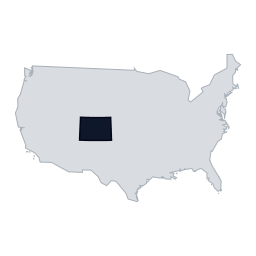 United States of America, with Colorado highlighted
{"feature_id": "USA-3522", "entity_name": "Colorado", "entity_type": "State", "adm_level": 1, "iso_a3": "USA", "parent_name": "United States of America", "parent_adm1": "", "projection": "orthographic", "projection_center": [-105.117, 39.0], "detail": "fine", "context": "in_parent", "style": "filled", "palette": "ink", "viewbox_px": 256, "rotation_deg": 0, "n_neighbors": 0, "source": "natural_earth", "source_scale": "10m", "svg_char_len": 5622}
<svg xmlns="http://www.w3.org/2000/svg" viewBox="0 0 256 256"><path d="M214.5,74.8L227.0,68.2L227.0,54.5L232.4,54.4L235.8,61.3L240.6,64.7L236.7,68.6L237.0,70.0L235.5,68.8L235.5,72.1L232.6,75.7L232.9,83.9L236.3,86.0L237.6,85.0L236.7,83.8L237.4,84.3L238.1,85.7L234.2,88.6L232.8,87.3L233.2,89.7L228.4,92.2L225.5,96.6L225.3,94.8L224.6,93.9L224.9,98.2L226.2,98.5L227.0,101.9L225.7,107.1L222.1,105.5L222.9,102.2L221.6,104.8L223.3,107.5L225.0,108.8L225.8,110.6L224.5,118.8L224.2,114.0L220.3,110.9L220.7,105.9L218.4,108.1L221.3,114.2L218.1,113.2L217.3,113.7L217.5,111.4L217.3,110.8L216.9,112.7L217.2,114.1L222.0,115.2L221.4,116.7L219.0,115.0L218.2,114.9L221.2,116.8L222.3,117.0L222.3,118.8L220.7,118.0L223.3,119.8L222.9,120.3L221.6,119.3L219.0,119.6L222.7,120.9L224.7,120.2L228.3,125.4L225.3,121.5L226.7,124.2L222.8,124.9L226.3,126.9L227.4,125.6L226.5,128.9L222.7,129.1L225.3,129.8L223.7,131.8L226.2,132.0L222.4,134.0L221.4,139.0L217.8,141.4L212.2,151.5L211.1,150.9L209.8,159.0L209.9,160.9L212.3,166.1L221.1,180.8L220.7,189.9L217.9,191.3L214.2,187.5L213.0,183.8L208.0,180.4L209.1,178.1L207.0,178.7L206.9,172.8L201.0,168.3L193.7,171.4L191.8,168.4L184.3,169.7L185.0,168.2L183.9,169.7L180.6,171.0L180.2,168.4L179.9,170.4L169.5,172.7L174.1,173.3L172.9,175.9L176.6,177.6L175.1,179.2L170.9,176.7L170.9,179.2L165.6,179.0L162.3,176.4L160.7,178.2L152.8,176.9L148.7,180.7L149.7,179.7L147.2,179.1L146.4,183.4L141.8,186.5L142.9,185.6L139.7,185.5L140.9,186.8L137.4,188.9L136.3,193.5L134.6,193.0L136.1,194.1L136.6,198.2L138.2,200.6L137.2,201.6L128.1,199.1L125.8,193.1L116.0,181.3L111.2,180.7L106.7,185.7L101.0,182.6L98.4,176.9L91.0,170.1L82.5,169.9L82.4,172.4L68.6,171.8L51.5,162.4L40.1,162.1L39.0,157.6L34.7,152.8L25.4,148.0L25.8,145.0L20.0,129.9L20.5,128.5L21.8,130.6L21.3,127.5L24.7,127.8L18.3,127.0L15.4,113.1L17.9,106.6L17.7,98.7L20.4,94.2L24.3,80.3L27.1,81.3L24.0,79.9L25.8,76.3L24.7,76.1L24.6,67.8L31.3,70.6L29.0,74.5L31.9,72.0L30.9,75.4L29.1,76.0L30.2,76.4L31.8,75.2L33.0,71.7L32.3,65.9L134.5,70.3L134.3,68.2L136.7,71.4L148.8,73.7L160.1,70.4L177.9,76.7L179.2,79.1L185.6,81.8L189.9,91.1L188.1,100.0L190.6,102.1L202.9,92.0L201.3,88.5L202.3,87.5L209.6,84.8L214.5,74.8ZM230.5,93.2L232.5,91.9L225.6,97.3L231.0,92.0L230.5,93.2ZM32.1,69.4L32.6,71.8L32.4,72.1L31.5,70.2L32.1,69.4ZM138.0,199.9L136.6,196.4L136.6,194.3L136.9,196.4L138.0,199.9ZM237.3,68.6L237.8,69.7L237.3,69.7L237.3,68.6ZM162.6,177.5L162.9,178.3L161.9,177.7L162.6,177.5ZM28.7,152.1L29.8,151.8L29.9,152.0L28.7,152.1ZM27.5,151.6L27.0,152.1L26.7,151.5L27.5,151.6ZM236.3,87.9L235.9,88.8L235.7,88.7L236.3,87.9ZM137.1,192.3L136.6,194.0L138.0,190.6L137.1,192.3ZM218.4,175.9L220.1,178.8L218.2,175.6L218.4,175.9ZM34.1,155.8L34.5,156.8L34.0,155.9L34.1,155.8ZM221.3,190.3L220.6,191.5L221.7,189.0L221.3,190.3ZM229.2,127.3L228.7,128.9L228.6,125.7L229.2,127.3ZM31.6,67.4L31.4,68.0L31.1,67.6L31.6,67.4ZM141.0,187.4L139.4,188.4L141.0,187.2L141.0,187.4ZM238.4,87.3L238.7,88.1L238.0,88.2L238.4,87.3ZM33.7,158.3L34.0,159.5L33.6,158.4L33.7,158.3ZM139.0,189.0L138.3,189.5L138.9,188.8L139.0,189.0ZM225.9,112.1L225.5,114.1L225.8,111.4L225.9,112.1ZM148.2,181.5L147.2,182.3L148.7,181.0L148.2,181.5ZM210.1,159.8L210.2,161.2L209.9,160.3L210.1,159.8ZM226.6,132.1L226.4,132.5L227.0,131.2L226.6,132.1ZM196.3,170.5L195.2,171.5L194.7,171.5L196.3,170.5ZM180.1,170.9L179.9,171.2L179.1,171.2L180.1,170.9ZM211.6,184.3L211.9,185.2L211.3,184.1L211.6,184.3ZM177.0,173.4L176.9,174.3L176.6,172.7L177.0,173.4ZM218.9,193.3L218.2,193.6L219.1,193.1L218.9,193.3ZM227.0,102.6L226.8,103.5L227.0,102.2L227.0,102.6ZM228.1,129.4L227.7,129.8L228.1,129.4Z" fill="#d9dde1" stroke="#a8b0b8" stroke-width="1"/><path d="M80.5,117.3L81.2,117.3L81.9,117.3L82.6,117.3L83.2,117.4L83.9,117.4L84.6,117.4L85.3,117.4L85.9,117.5L86.6,117.5L87.3,117.5L88.0,117.5L88.7,117.5L89.3,117.5L90.0,117.6L90.7,117.6L91.4,117.6L92.0,117.6L92.7,117.6L93.4,117.6L94.1,117.6L94.7,117.6L95.4,117.6L96.1,117.6L96.8,117.6L97.4,117.6L98.1,117.6L98.8,117.6L99.5,117.6L100.1,117.6L100.8,117.6L101.5,117.6L102.0,117.6L102.7,117.6L103.2,117.6L103.7,117.6L104.2,117.6L104.7,117.6L105.2,117.5L105.8,117.5L106.3,117.5L106.8,117.5L107.3,117.5L107.8,117.5L108.3,117.5L108.8,117.5L109.3,117.4L109.9,117.4L110.4,117.4L110.7,117.4L110.7,117.8L110.7,118.1L110.7,118.5L110.7,118.8L110.7,119.2L110.7,119.5L110.7,119.9L110.8,120.3L110.8,120.6L110.8,121.0L110.8,121.3L110.8,121.7L110.8,122.0L110.8,122.4L110.8,122.7L110.9,123.1L110.9,123.6L110.9,124.2L110.9,124.7L110.9,125.2L111.0,125.8L111.0,126.3L111.0,126.8L111.0,127.4L111.0,127.9L111.1,128.4L111.1,129.0L111.1,129.5L111.1,130.1L111.1,130.6L111.1,131.1L111.2,131.7L111.2,132.2L111.2,132.7L111.2,133.3L111.2,133.8L111.3,134.3L111.3,134.9L111.3,135.4L111.3,135.9L111.3,136.5L111.4,137.0L111.4,137.5L111.4,138.1L111.4,138.6L111.4,139.1L111.5,139.7L111.5,140.2L111.0,140.2L110.5,140.2L109.9,140.3L109.3,140.3L108.8,140.3L108.2,140.3L107.7,140.3L107.1,140.3L106.2,140.4L105.4,140.4L104.5,140.4L103.7,140.4L102.8,140.4L101.9,140.4L101.1,140.4L100.2,140.4L99.4,140.4L98.5,140.4L97.6,140.4L96.8,140.4L95.9,140.4L95.0,140.4L94.2,140.4L93.3,140.4L92.5,140.4L91.6,140.4L90.7,140.4L89.9,140.4L89.0,140.4L88.2,140.3L87.3,140.3L86.4,140.3L85.6,140.3L84.7,140.3L83.9,140.2L83.0,140.2L82.1,140.2L81.3,140.1L80.4,140.1L79.6,140.1L79.6,139.3L79.6,138.6L79.6,137.9L79.7,137.2L79.7,136.5L79.7,135.8L79.8,135.1L79.8,134.4L79.8,133.6L79.9,132.9L79.9,132.2L79.9,131.5L80.0,130.8L80.0,130.1L80.0,129.4L80.0,128.7L80.1,127.9L80.1,127.2L80.1,126.5L80.2,125.8L80.2,125.1L80.2,124.4L80.3,123.7L80.3,123.0L80.3,122.2L80.4,121.5L80.4,120.8L80.4,120.1L80.5,119.4L80.5,118.7L80.5,118.0L80.5,117.3Z" fill="#0f172a" stroke="#020617" stroke-width="1.5"/></svg>